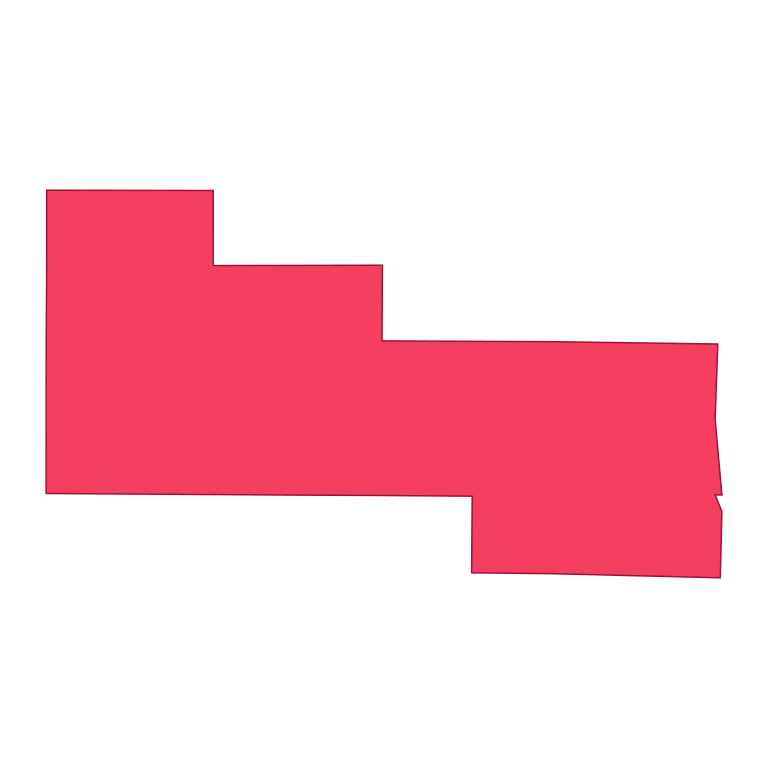 outline of Shawano, Wisconsin, United States of America
{"feature_id": "52423323B34818409235520", "entity_name": "Shawano", "entity_type": "district", "adm_level": 2, "iso_a3": "USA", "parent_name": "United States of America", "parent_adm1": "Wisconsin", "projection": "natural_earth1", "projection_center": [-88.716, 44.807], "detail": "fine", "context": "isolated", "style": "filled", "palette": "rose", "viewbox_px": 768, "rotation_deg": 0, "n_neighbors": 0, "source": "geoboundaries", "source_scale": "gbopen_adm2", "svg_char_len": 391}
<svg xmlns="http://www.w3.org/2000/svg" viewBox="0 0 768 768"><path d="M46.1,493.5L265.6,494.9L279.1,495.0L381.8,495.5L472.2,496.2L471.6,572.8L552.5,573.7L720.3,577.8L721.9,511.5L715.1,494.9L721.9,495.0L715.1,419.0L717.8,344.0L552.0,341.7L382.0,340.9L382.4,265.2L213.3,265.6L213.2,190.5L46.7,190.2L46.7,265.5L46.2,341.0L46.1,493.5Z" fill="#f43f5e" stroke="#9f1239" stroke-width="1.5"/></svg>